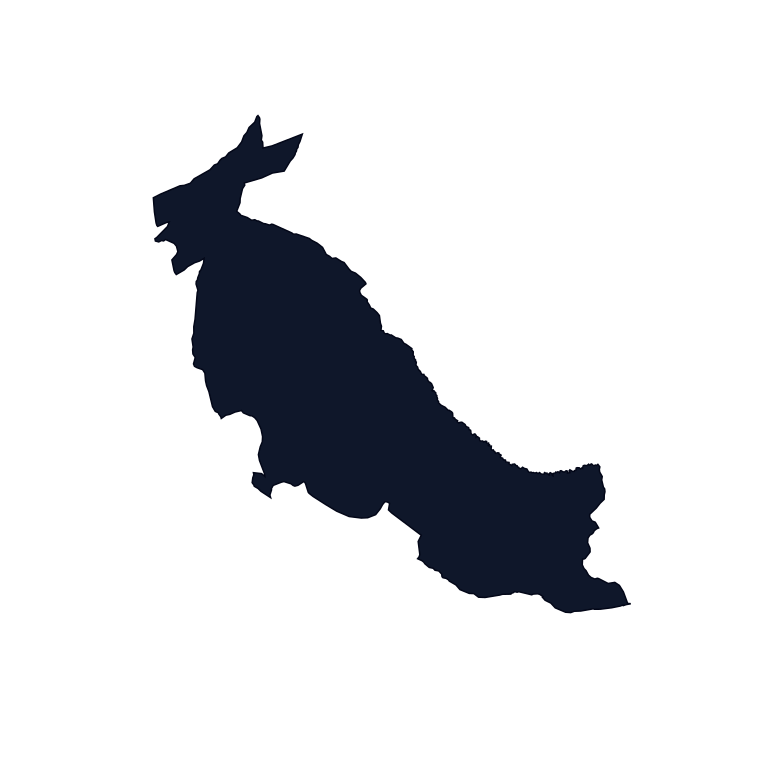 the district of Yahuma, Orientale, Democratic Republic of the Congo, rotated 158°
{"feature_id": "63176286B43218121140485", "entity_name": "Yahuma", "entity_type": "district", "adm_level": 2, "iso_a3": "COD", "parent_name": "Democratic Republic of the Congo", "parent_adm1": "Orientale", "projection": "albers", "projection_center": [22.941, 0.801], "detail": "fine", "context": "isolated", "style": "filled", "palette": "ink", "viewbox_px": 768, "rotation_deg": 158, "n_neighbors": 0, "source": "geoboundaries", "source_scale": "gbopen_adm2", "svg_char_len": 6159}
<svg xmlns="http://www.w3.org/2000/svg" viewBox="0 0 768 768"><g transform="rotate(158 384 384)"><path d="M309.1,112.3L301.2,104.4L296.5,102.1L292.7,102.0L286.6,99.8L274.0,97.1L273.5,96.4L267.9,94.2L256.6,91.2L248.0,89.6L245.3,89.6L245.2,88.9L242.0,88.7L238.2,87.9L238.1,88.2L240.3,89.3L239.9,101.6L241.2,109.1L244.3,113.6L250.9,115.1L257.9,123.2L259.0,124.0L261.6,124.2L264.5,127.1L266.0,130.2L266.6,135.3L267.7,138.0L267.9,142.1L265.5,147.3L264.1,146.8L262.8,146.9L255.8,151.1L254.5,154.6L254.7,160.5L252.6,164.7L249.9,166.7L247.0,167.1L245.7,167.7L244.0,169.2L241.1,170.1L238.9,170.1L239.9,176.7L242.5,179.2L243.2,183.4L242.1,186.1L233.7,189.4L228.3,192.5L223.1,194.6L221.3,198.7L219.5,201.3L218.7,204.1L219.2,206.2L218.1,213.5L216.3,216.5L217.0,221.5L216.4,224.0L214.9,226.3L215.8,229.4L217.6,228.9L218.4,229.7L219.8,229.6L220.7,230.3L221.4,232.1L222.3,232.2L223.2,231.5L223.7,231.6L224.3,233.0L226.3,232.3L228.8,233.6L230.0,233.5L230.7,232.4L231.2,232.3L231.5,231.3L232.3,232.0L233.5,231.5L234.4,233.2L236.4,234.1L237.4,234.0L238.0,232.4L239.9,232.3L240.3,231.7L241.9,232.3L243.8,234.8L244.8,234.1L244.8,232.2L247.3,232.7L246.5,234.3L247.1,235.1L248.1,235.3L249.5,234.7L250.9,235.5L252.3,237.3L253.1,237.5L254.5,236.0L255.6,237.5L257.1,237.3L257.7,238.0L258.6,237.3L260.5,237.7L261.7,235.5L262.2,236.5L261.8,237.8L263.1,239.5L264.5,239.0L264.7,237.7L265.3,238.0L265.5,238.9L266.3,239.3L266.3,240.4L267.5,240.5L268.1,241.7L268.7,241.5L269.3,240.5L270.3,240.7L272.1,241.8L272.9,243.6L274.8,243.3L275.8,244.8L277.4,244.8L278.7,246.0L280.2,246.3L280.6,247.2L282.1,247.5L282.9,248.3L283.4,251.7L285.4,253.1L286.7,254.9L288.5,254.2L289.5,254.6L290.3,255.4L290.3,256.3L291.2,257.0L291.2,258.4L292.6,259.3L292.5,260.1L292.9,260.9L295.3,261.5L296.1,260.4L298.0,263.2L297.4,264.4L300.2,266.0L299.9,268.0L301.7,269.0L301.8,270.8L303.5,272.1L303.4,272.9L302.1,274.1L302.3,274.8L303.5,275.6L303.3,277.0L304.2,277.6L306.6,278.0L306.6,279.9L307.4,280.7L307.3,281.9L308.5,282.3L309.2,283.2L307.7,286.2L310.3,287.7L310.3,288.1L309.0,288.4L309.5,289.3L309.2,290.1L310.5,290.5L311.1,291.4L310.4,292.3L311.1,292.9L313.4,293.0L313.8,294.2L315.5,294.7L316.3,295.5L316.4,296.5L315.8,298.1L317.1,300.2L318.8,300.1L317.8,301.7L318.3,303.5L319.1,303.9L320.8,303.2L321.9,305.5L321.1,308.0L321.1,308.8L322.2,309.8L321.9,311.9L323.8,313.8L324.0,316.1L326.1,319.4L328.0,320.0L329.3,319.9L330.3,321.5L329.5,322.4L331.1,324.5L331.4,326.2L332.4,326.6L332.5,327.7L331.3,331.3L331.7,332.8L333.4,335.2L334.4,335.6L336.0,339.5L338.9,342.8L340.5,346.0L340.0,347.0L340.5,349.5L339.8,350.6L339.8,352.6L339.3,353.5L339.9,354.7L339.3,356.6L340.2,358.2L340.1,358.8L340.7,359.3L341.8,359.3L342.0,359.8L339.7,362.3L339.8,366.5L340.6,368.2L341.1,368.3L342.1,371.0L341.6,373.1L343.6,376.8L343.4,377.9L345.5,378.9L345.6,382.1L346.8,384.9L346.5,387.1L347.4,389.4L345.8,392.2L346.4,393.4L345.7,394.3L346.5,396.7L345.7,398.1L346.2,399.7L344.8,403.0L345.3,403.6L345.0,404.5L345.8,405.5L344.9,406.4L348.7,412.5L350.3,414.3L351.3,418.8L354.0,421.4L355.8,422.4L358.8,426.7L360.1,427.2L362.0,429.5L363.7,429.9L364.7,431.0L364.7,433.6L366.8,434.8L364.7,438.5L364.5,441.8L362.6,449.2L363.6,452.6L365.8,457.5L367.9,459.5L368.0,462.6L368.8,466.6L368.0,468.2L368.1,468.9L371.8,474.8L372.1,478.2L371.4,480.1L369.4,481.6L363.2,483.6L363.2,485.2L365.6,491.5L368.9,497.5L372.2,500.7L373.4,503.7L375.5,511.6L377.5,513.5L381.4,518.9L385.2,519.9L386.6,522.8L389.0,525.7L389.8,533.7L393.2,539.6L397.3,544.4L398.7,546.9L409.1,555.9L411.8,556.8L412.8,558.5L427.1,573.5L428.3,574.3L430.2,574.2L431.1,574.6L433.8,576.9L435.6,577.9L439.4,582.2L440.8,582.9L442.2,584.7L445.4,585.4L448.3,589.5L453.6,594.1L453.9,595.6L455.9,599.3L449.6,606.0L447.9,609.8L442.0,618.1L438.6,620.5L438.3,622.7L420.2,620.9L408.5,621.4L396.8,618.8L387.5,625.8L383.8,627.6L380.6,630.0L379.5,631.6L378.1,632.6L376.7,634.7L375.2,635.5L373.7,638.0L371.1,640.3L366.1,646.3L398.6,646.7L407.8,648.1L405.9,653.7L406.4,656.1L404.2,659.9L401.8,672.1L399.9,676.0L399.7,677.6L400.3,680.1L401.7,679.6L405.8,675.2L413.0,672.4L416.9,668.6L420.9,666.6L425.3,661.8L431.6,658.0L441.4,656.4L445.8,653.9L449.8,653.9L452.0,653.0L455.8,650.5L459.3,650.6L465.1,647.8L483.2,645.4L488.3,642.7L494.8,643.0L498.9,644.2L519.8,643.8L528.1,643.1L532.4,629.6L535.0,618.7L535.2,616.2L534.8,614.9L525.3,615.2L522.4,614.7L525.8,611.1L539.8,605.0L542.0,604.5L542.4,602.2L539.6,600.1L536.7,600.4L534.7,599.2L532.4,599.8L526.0,593.1L524.8,589.6L525.5,584.0L527.9,581.7L534.2,578.5L536.2,567.7L536.2,565.7L535.6,563.3L526.5,564.6L522.1,566.4L514.1,567.4L508.9,567.1L503.7,567.9L506.2,563.5L511.0,558.4L512.9,557.4L514.0,555.3L516.7,552.5L518.2,550.2L519.6,549.5L520.8,547.1L521.4,540.6L523.0,538.6L534.9,514.9L538.9,508.4L541.3,502.3L545.2,497.7L547.1,489.8L548.7,487.3L549.9,483.4L549.1,479.3L553.1,474.0L553.1,471.4L551.2,469.1L546.8,465.3L546.0,461.2L548.3,453.7L549.1,448.9L549.2,442.5L551.5,427.2L550.7,421.8L548.3,419.3L548.4,418.0L547.6,414.8L547.8,413.0L542.3,414.3L538.3,413.6L532.6,413.8L526.1,412.8L525.2,409.9L520.2,404.9L518.3,403.9L516.5,401.2L515.3,397.6L514.9,388.3L516.3,380.7L518.5,376.0L522.3,372.1L526.9,365.6L528.1,359.7L528.4,345.4L529.1,342.9L531.1,346.8L538.3,350.7L538.7,348.6L540.8,346.2L543.2,341.9L542.5,339.1L542.6,337.8L539.9,334.3L538.3,330.6L531.7,321.1L531.4,323.8L527.9,328.0L527.7,329.1L524.7,331.5L515.8,331.4L513.3,331.0L507.5,326.2L506.3,324.0L504.9,322.7L501.7,322.3L495.0,323.6L494.3,322.6L494.1,321.0L494.8,312.0L494.4,310.7L491.9,306.3L483.1,293.9L475.5,283.8L466.0,274.2L455.2,268.2L449.2,266.1L440.7,266.0L434.2,269.7L430.5,272.7L427.3,274.5L425.2,273.5L423.5,271.3L427.0,265.6L425.2,261.6L406.1,229.8L411.3,225.2L414.7,212.4L416.1,210.7L418.3,209.4L415.1,206.1L413.9,204.1L413.4,201.9L410.8,197.0L407.4,194.7L406.5,192.2L403.3,190.2L401.7,186.2L402.4,183.6L401.9,182.3L399.2,180.5L397.6,178.3L397.3,176.8L392.6,170.8L390.6,164.9L383.4,157.9L379.2,156.0L376.2,150.9L370.2,148.2L355.5,144.9L353.1,144.7L345.2,141.7L345.1,142.2L342.0,142.1L340.7,142.6L338.6,141.1L336.8,140.9L326.0,133.2L324.3,133.3L320.1,131.9L318.4,130.6L316.2,127.3L317.0,127.0L315.6,123.0L311.4,118.4L309.1,112.3Z" fill="#0f172a" stroke="#020617" stroke-width="1.5"/></g></svg>